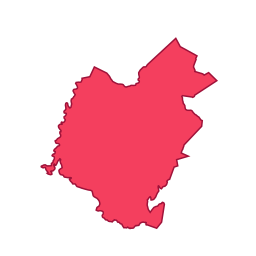 outline of Pluma Hidalgo, Oaxaca, Mexico, rotated 283°
{"feature_id": "50627088B69643884301220", "entity_name": "Pluma Hidalgo", "entity_type": "district", "adm_level": 2, "iso_a3": "MEX", "parent_name": "Mexico", "parent_adm1": "Oaxaca", "projection": "mercator", "projection_center": [-96.45, 15.922], "detail": "fine", "context": "isolated", "style": "filled", "palette": "rose", "viewbox_px": 256, "rotation_deg": 283, "n_neighbors": 0, "source": "geoboundaries", "source_scale": "gbopen_adm2", "svg_char_len": 5644}
<svg xmlns="http://www.w3.org/2000/svg" viewBox="0 0 256 256"><g transform="rotate(283 128 128)"><path d="M226.1,154.4L194.2,132.7L191.8,131.8L191.5,131.3L191.0,129.4L190.4,128.9L187.2,126.9L184.8,126.1L184.1,126.0L182.2,126.6L181.0,127.3L179.7,127.7L178.8,127.4L178.3,127.0L177.9,126.9L177.4,127.0L176.8,127.3L176.5,128.3L175.7,128.6L175.2,128.5L174.4,128.2L173.4,126.6L173.1,125.9L172.1,125.9L171.3,125.6L170.7,123.8L170.4,122.0L170.1,121.3L169.9,120.9L169.2,120.3L168.7,119.0L167.6,117.2L167.5,116.4L167.6,115.6L168.1,114.8L169.1,113.6L169.3,112.7L169.1,110.8L168.6,108.7L168.9,106.3L169.9,102.6L171.0,101.5L171.9,100.3L174.2,98.3L176.7,95.0L179.9,81.5L169.4,79.3L166.1,72.0L165.0,72.4L162.6,72.0L162.0,71.6L161.7,70.5L161.5,69.3L160.7,67.2L159.5,67.0L159.0,67.7L157.5,69.0L156.2,69.7L155.6,69.8L154.9,69.4L154.3,68.7L153.5,66.7L153.0,66.3L151.8,66.1L149.6,67.9L148.7,69.0L147.2,68.7L146.4,68.1L145.7,68.0L144.9,67.6L144.0,67.1L143.5,66.4L141.9,66.4L141.2,66.6L138.8,67.7L135.4,67.7L134.5,67.0L134.5,66.6L135.8,65.0L136.4,64.4L137.3,64.1L138.4,63.6L138.8,62.8L138.6,62.3L138.3,62.0L137.8,61.8L136.2,61.9L133.7,62.9L132.5,63.2L131.5,62.9L130.3,62.0L129.5,61.9L128.4,62.4L128.3,62.6L128.3,63.3L128.4,64.3L128.2,64.6L127.8,64.8L127.2,64.7L125.6,64.2L124.6,63.2L124.0,63.3L123.2,63.6L122.0,65.0L120.9,65.0L119.3,64.3L118.9,63.8L118.8,62.8L118.8,61.9L118.3,61.7L118.1,61.8L117.7,62.5L117.3,62.8L116.9,62.9L116.6,62.3L116.7,61.9L116.6,61.4L116.1,60.7L114.8,59.8L114.2,59.8L113.8,59.9L112.8,60.4L111.5,61.8L110.6,63.2L109.3,63.4L109.2,62.8L108.8,62.5L108.3,62.6L107.1,63.0L106.6,63.6L106.1,64.0L104.9,64.2L104.2,64.1L103.6,63.7L101.7,61.7L100.0,61.0L99.8,60.8L99.4,60.0L99.1,59.9L98.8,60.0L97.3,61.0L97.0,61.5L97.0,61.9L97.1,62.6L97.2,63.4L97.0,64.3L96.5,65.0L95.7,65.2L95.4,65.1L94.4,63.5L93.5,63.0L92.8,62.7L90.6,61.1L89.8,60.9L89.3,60.8L89.0,61.0L88.7,61.3L88.7,62.4L88.3,62.5L87.0,62.5L86.3,62.2L86.1,61.8L85.9,61.1L84.3,60.2L83.9,60.3L83.7,60.6L83.6,61.1L83.4,62.4L82.8,62.8L82.3,63.0L81.0,63.1L80.0,62.8L79.4,62.5L78.8,62.5L78.4,62.6L77.7,62.5L76.9,62.0L76.3,61.4L75.8,61.4L74.5,61.9L74.1,61.8L73.6,60.6L72.9,57.9L72.9,57.3L73.5,55.9L73.4,55.3L72.8,53.9L71.8,53.0L71.5,52.2L70.9,52.1L70.6,52.2L70.4,52.7L70.1,54.0L70.3,54.9L70.7,55.4L71.0,56.2L70.7,56.6L69.3,57.2L68.6,57.8L68.0,58.5L66.9,59.9L66.6,60.1L66.0,59.9L65.7,59.4L65.2,60.4L65.1,61.7L65.1,63.1L65.7,64.2L66.4,64.1L67.9,63.4L68.2,62.6L68.4,62.5L68.8,62.8L69.0,63.8L69.6,64.8L71.8,66.0L73.1,65.6L73.2,65.2L74.0,64.8L75.0,64.1L75.3,64.0L76.1,64.0L76.3,64.5L75.2,65.4L75.3,66.0L77.4,66.7L79.0,66.9L80.4,67.3L82.1,68.5L82.6,68.5L82.5,69.1L81.8,69.6L80.4,69.3L78.2,70.5L78.0,70.9L77.0,71.6L74.5,72.8L73.0,71.4L72.2,70.7L71.7,70.4L70.8,70.3L69.1,71.1L68.3,71.7L67.5,72.6L67.4,73.6L67.5,74.4L67.3,75.6L66.8,76.2L66.2,76.5L65.9,77.1L66.1,80.6L66.7,82.8L66.7,83.9L66.5,84.0L66.0,83.8L65.5,83.4L65.0,82.5L64.5,82.6L64.1,83.2L63.3,83.9L61.9,86.2L61.4,86.3L61.1,86.7L61.3,87.8L61.6,88.8L61.3,89.5L60.9,90.0L60.3,90.4L59.5,91.5L59.2,95.0L59.0,96.2L58.8,100.0L58.7,103.2L58.9,105.8L58.3,107.3L54.2,109.3L53.4,110.5L52.5,113.7L51.5,115.1L50.3,116.4L49.1,117.1L47.7,117.7L45.6,117.4L44.7,116.7L44.1,116.0L43.4,115.6L40.2,115.4L40.7,115.6L40.4,117.6L40.9,118.6L41.3,120.2L41.1,121.9L40.7,122.6L39.5,123.1L38.5,123.1L37.2,122.5L36.4,122.7L35.5,123.2L35.1,123.8L34.8,125.2L33.5,126.7L33.6,128.7L33.2,129.2L32.8,130.0L32.8,131.6L33.0,132.0L33.0,133.0L32.9,133.7L33.9,134.1L34.1,134.5L34.8,135.2L35.1,135.3L35.5,135.3L35.5,135.8L35.4,136.1L35.4,136.5L35.5,137.2L35.5,137.5L35.1,138.1L34.4,138.6L34.0,139.2L33.9,139.5L34.2,140.1L34.2,140.3L33.9,140.9L33.0,142.1L33.0,143.1L32.9,143.6L32.4,144.1L31.9,144.3L30.7,145.6L30.1,146.1L29.9,146.3L30.3,148.0L30.3,148.7L30.4,149.2L30.6,149.4L30.9,149.5L31.3,149.8L31.3,150.2L30.8,151.1L30.7,151.6L30.8,152.2L30.5,152.6L30.6,152.8L31.0,153.1L31.1,153.9L31.6,155.5L32.0,156.0L33.0,156.4L34.0,157.0L34.8,157.6L34.9,158.2L34.7,158.4L34.9,158.7L35.2,159.5L35.3,159.5L35.4,160.1L35.6,160.5L36.6,160.7L36.9,160.9L37.8,161.1L38.0,161.3L38.2,161.6L38.5,161.8L38.6,162.0L39.1,162.5L39.7,163.8L39.8,164.2L39.7,165.4L40.0,166.1L40.0,166.7L39.9,167.0L38.5,167.0L37.7,167.6L38.0,167.9L36.8,178.5L43.8,181.9L61.9,180.6L63.1,179.7L63.3,178.9L63.3,178.2L62.7,177.8L62.1,177.8L61.5,176.6L60.9,175.6L60.2,175.2L58.6,174.5L57.7,172.7L56.4,171.1L53.5,169.7L50.8,168.6L53.0,166.3L53.9,165.7L55.0,165.2L57.2,164.0L59.4,163.7L60.6,163.7L62.4,163.0L62.9,163.5L63.7,163.7L65.6,164.6L66.0,165.1L65.7,165.5L64.8,166.1L63.9,166.3L63.0,166.7L63.6,168.2L64.2,169.1L65.1,169.6L67.1,170.5L69.7,170.9L71.8,171.4L73.1,172.1L73.9,172.1L76.8,170.8L78.2,170.5L78.5,170.8L78.1,171.5L77.1,172.3L76.5,173.2L76.3,174.3L78.5,175.2L79.0,175.8L79.5,177.1L80.3,177.4L81.0,178.1L81.6,178.3L83.8,178.5L84.2,178.5L84.7,177.9L85.2,177.9L86.7,179.0L87.2,179.5L87.3,180.1L100.3,181.7L102.3,185.0L108.1,182.5L114.1,193.1L115.6,185.5L118.1,185.6L119.5,186.1L121.4,186.2L122.3,186.4L124.1,186.4L146.2,199.4L151.9,198.7L152.1,197.6L152.5,196.9L154.6,194.6L155.0,193.3L156.1,191.3L156.2,190.4L157.7,188.1L159.1,186.6L159.4,185.8L159.4,184.8L159.1,184.1L158.7,182.3L158.7,181.1L159.1,180.1L159.5,179.6L160.4,179.2L160.9,178.9L162.3,178.5L163.7,177.4L164.2,176.5L165.2,176.0L166.2,175.6L167.1,175.0L168.2,174.6L169.6,174.3L171.0,173.3L171.8,173.9L172.6,183.7L172.4,184.1L173.1,185.0L173.7,185.5L174.2,185.6L175.0,185.6L194.1,203.9L200.1,194.1L196.7,190.3L197.5,188.8L197.7,187.2L197.7,186.4L198.1,180.4L198.7,180.4L199.3,180.3L200.3,179.5L201.1,179.0L201.9,178.2L202.6,178.1L203.5,178.0L210.2,178.9L211.2,178.3L212.4,178.7L213.8,179.0L219.0,160.6L226.1,154.4Z" fill="#f43f5e" stroke="#9f1239" stroke-width="1.5"/></g></svg>